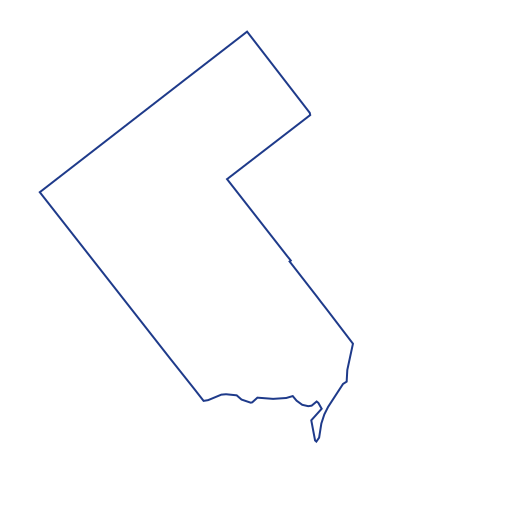 the district of Manatee, Florida, United States of America, rotated 232°
{"feature_id": "52423323B9469904891992", "entity_name": "Manatee", "entity_type": "district", "adm_level": 2, "iso_a3": "USA", "parent_name": "United States of America", "parent_adm1": "Florida", "projection": "mercator", "projection_center": [-82.543, 27.427], "detail": "fine", "context": "isolated", "style": "outline", "palette": "blue", "viewbox_px": 512, "rotation_deg": 232, "n_neighbors": 0, "source": "geoboundaries", "source_scale": "gbopen_adm2", "svg_char_len": 782}
<svg xmlns="http://www.w3.org/2000/svg" viewBox="0 0 512 512"><g transform="rotate(232 256 256)"><path d="M438.7,309.2L439.4,124.9L227.5,125.2L189.8,125.5L189.7,125.5L174.1,125.5L171.9,129.5L168.1,143.3L165.5,147.3L158.1,155.0L151.8,156.2L143.7,161.5L143.1,162.7L143.0,162.9L143.5,169.9L132.9,181.5L125.5,192.4L123.0,198.7L117.0,198.9L110.3,200.8L105.5,204.7L103.8,207.7L104.0,214.2L101.9,214.7L95.2,213.7L92.5,198.4L74.3,189.0L72.6,189.3L74.0,193.9L83.8,204.4L89.1,212.3L92.7,219.9L101.6,245.8L101.2,250.1L110.0,257.8L127.2,278.4L171.5,278.9L179.4,278.9L179.8,278.9L186.2,279.0L191.2,279.0L230.0,279.1L231.0,279.1L231.0,280.6L231.7,280.6L232.4,280.6L236.8,280.5L334.4,280.5L333.7,385.5L335.7,386.5L438.3,387.1L438.7,309.2Z" fill="none" stroke="#1e3a8a" stroke-width="2"/></g></svg>